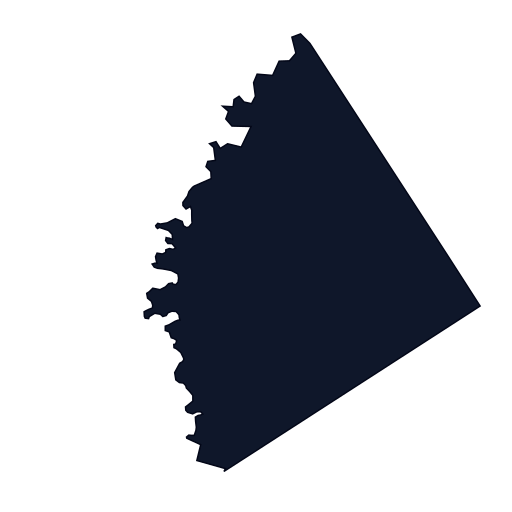 San Saba, Texas, United States of America, rotated 237°
{"feature_id": "52423323B43547858448152", "entity_name": "San Saba", "entity_type": "district", "adm_level": 2, "iso_a3": "USA", "parent_name": "United States of America", "parent_adm1": "Texas", "projection": "mercator", "projection_center": [-98.711, 31.206], "detail": "fine", "context": "isolated", "style": "filled", "palette": "ink", "viewbox_px": 512, "rotation_deg": 237, "n_neighbors": 0, "source": "geoboundaries", "source_scale": "gbopen_adm2", "svg_char_len": 2203}
<svg xmlns="http://www.w3.org/2000/svg" viewBox="0 0 512 512"><g transform="rotate(237 256 256)"><path d="M92.8,111.8L92.0,406.0L92.0,416.7L153.8,417.0L404.9,417.0L418.0,414.3L420.0,405.3L404.3,399.9L401.5,390.3L406.8,381.5L398.4,368.3L407.9,356.0L402.7,348.4L390.3,342.5L386.2,335.2L391.7,329.8L399.2,328.8L399.2,322.8L393.6,318.1L399.8,309.6L392.2,311.7L387.4,305.3L378.1,306.6L367.3,322.4L355.4,302.9L365.6,293.3L365.7,284.6L373.7,284.7L375.5,278.2L370.0,279.6L358.3,274.0L361.6,267.1L358.1,262.7L351.4,264.1L345.3,260.6L348.3,242.3L348.2,240.2L346.6,235.0L343.6,231.2L340.8,223.9L338.1,222.2L333.5,222.9L333.3,226.5L333.3,228.0L329.5,227.1L325.7,224.6L320.8,221.6L318.3,220.3L316.9,215.6L317.6,213.3L320.8,211.7L325.2,212.9L331.2,208.7L332.1,199.7L334.9,193.2L336.9,191.4L336.1,188.4L334.6,188.0L332.7,188.4L332.6,190.5L325.1,196.5L319.7,197.5L315.3,195.0L318.2,193.0L319.3,191.6L320.4,190.7L318.2,188.6L314.5,188.9L312.1,192.3L306.5,193.0L306.7,190.1L309.4,187.5L310.3,183.8L308.2,182.2L308.7,178.5L310.3,176.8L312.3,174.6L310.2,171.4L306.5,169.8L303.7,169.1L305.0,167.5L305.8,164.5L302.1,164.6L299.3,166.7L296.4,170.3L293.8,173.1L289.9,177.1L283.5,180.7L279.7,179.1L276.6,176.5L275.6,173.4L277.4,171.1L279.0,171.1L280.4,167.7L279.4,163.3L280.0,157.2L285.2,151.9L284.2,147.0L284.2,144.0L279.7,142.1L274.9,143.6L271.0,142.6L268.8,140.8L269.6,137.3L270.0,134.2L270.2,131.8L266.2,129.5L264.2,129.2L262.0,131.8L263.3,133.5L263.1,139.9L259.2,144.1L256.0,144.9L255.0,148.3L256.3,151.3L255.5,155.4L252.9,158.8L248.7,159.4L246.0,158.1L243.7,157.4L244.6,155.8L245.3,152.7L245.7,145.5L246.6,141.7L242.9,139.3L239.6,141.9L233.6,140.4L231.1,142.4L228.3,143.5L225.9,140.6L226.6,138.9L223.8,137.3L221.6,138.7L216.1,140.4L210.1,139.7L208.6,139.2L207.4,136.9L207.6,133.6L202.5,124.3L195.8,121.3L191.6,122.8L189.0,125.9L185.6,126.5L183.2,125.7L178.4,126.6L173.5,127.1L168.7,124.0L168.0,117.4L167.8,114.7L164.9,113.1L162.2,113.5L158.1,116.9L157.6,121.4L155.5,124.8L152.4,125.3L152.8,123.0L153.8,120.7L153.9,117.4L150.2,115.3L144.9,112.7L142.4,110.6L139.2,106.5L140.7,104.2L142.4,102.1L142.0,99.1L140.8,98.7L127.9,106.9L116.7,95.0L94.3,114.6L92.8,111.8Z" fill="#0f172a" stroke="#020617" stroke-width="1.5"/></g></svg>